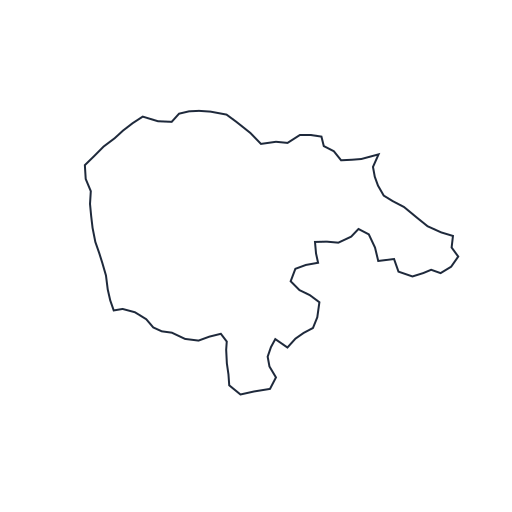 São Joaquim de Bicas, Minas Gerais, Brazil (orthographic projection), rotated 109°
{"feature_id": "56859067B78639021330864", "entity_name": "São Joaquim de Bicas", "entity_type": "district", "adm_level": 2, "iso_a3": "BRA", "parent_name": "Brazil", "parent_adm1": "Minas Gerais", "projection": "orthographic", "projection_center": [-44.248, -20.062], "detail": "fine", "context": "isolated", "style": "outline", "palette": "slate", "viewbox_px": 512, "rotation_deg": 109, "n_neighbors": 0, "source": "geoboundaries", "source_scale": "gbopen_adm2", "svg_char_len": 1405}
<svg xmlns="http://www.w3.org/2000/svg" viewBox="0 0 512 512"><g transform="rotate(109 256 256)"><path d="M172.9,76.3L173.4,88.6L172.0,103.5L167.4,116.2L161.5,132.0L159.6,144.7L157.3,154.9L149.7,163.6L142.4,169.5L133.7,174.4L120.0,173.2L130.0,188.0L133.7,196.5L137.8,206.7L131.6,216.5L130.0,227.7L121.8,233.0L123.8,243.7L127.3,253.9L138.8,263.0L141.5,274.3L148.4,287.8L141.5,301.4L135.5,318.4L131.9,329.9L134.3,346.0L137.3,357.1L141.0,366.4L146.5,375.1L156.6,379.4L160.5,392.6L161.1,408.5L170.6,415.9L180.6,422.5L190.7,428.0L202.1,435.7L214.3,441.6L225.8,447.4L238.6,442.1L248.5,433.3L260.8,429.9L271.8,424.9L282.6,419.7L295.0,412.5L304.4,405.1L312.8,398.9L323.3,391.5L335.9,385.3L345.4,379.4L353.8,372.8L349.5,364.9L348.6,352.2L351.5,339.2L357.0,329.9L357.9,320.6L355.9,310.6L357.5,296.1L354.7,282.8L347.4,273.8L341.0,263.9L346.4,255.8L354.3,253.7L367.0,248.6L376.9,243.5L387.0,239.2L392.0,225.6L384.7,213.7L377.1,199.5L364.3,197.6L356.1,207.3L347.4,212.2L337.3,212.2L328.3,210.7L332.3,196.5L321.3,191.8L313.2,185.9L305.5,178.7L294.0,178.1L279.1,181.0L275.5,192.3L274.1,203.8L268.6,215.0L255.3,214.6L248.2,205.9L242.2,195.1L234.0,200.1L223.5,204.8L219.4,193.8L216.6,182.5L206.7,172.3L197.1,167.9L198.8,156.4L209.3,146.2L220.9,138.8L213.9,124.5L224.4,116.2L224.4,101.4L217.7,92.3L212.0,85.9L212.1,75.9L202.6,68.0L190.7,64.6L184.3,73.8L172.9,76.3Z" fill="none" stroke="#1e293b" stroke-width="2"/></g></svg>